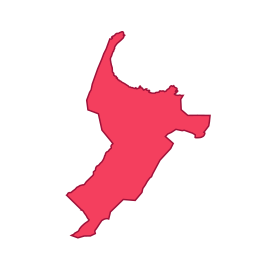 La Toc, Castries, Saint Lucia (Equal Earth projection), rotated 75°
{"feature_id": "8701671B20822148324962", "entity_name": "La Toc", "entity_type": "district", "adm_level": 2, "iso_a3": "LCA", "parent_name": "Saint Lucia", "parent_adm1": "Castries", "projection": "equal_earth", "projection_center": [-61.007, 14.009], "detail": "fine", "context": "isolated", "style": "filled", "palette": "rose", "viewbox_px": 256, "rotation_deg": 75, "n_neighbors": 0, "source": "geoboundaries", "source_scale": "gbopen_adm2", "svg_char_len": 5570}
<svg xmlns="http://www.w3.org/2000/svg" viewBox="0 0 256 256"><g transform="rotate(75 128 128)"><path d="M178.7,116.1L167.3,105.4L158.9,92.1L154.6,88.3L145.9,94.1L144.1,91.2L143.4,87.2L142.6,84.8L141.7,82.1L144.6,76.3L144.7,74.3L149.7,67.0L152.0,64.8L153.2,65.2L154.6,65.5L155.0,65.6L154.8,65.6L155.4,63.4L155.8,61.2L155.9,60.6L155.9,59.9L155.9,59.5L155.7,58.5L155.5,57.6L155.1,56.9L154.9,56.6L154.3,56.0L153.8,55.6L153.1,55.2L152.3,55.2L152.1,55.4L151.7,55.8L151.3,55.2L146.9,49.5L142.9,47.7L137.1,45.5L133.7,57.7L131.3,67.0L124.1,71.9L114.0,69.7L110.8,66.3L110.5,67.7L110.4,68.2L110.0,68.8L109.6,69.3L109.5,70.3L109.5,71.1L109.2,72.0L108.7,72.9L108.6,73.1L108.1,73.8L107.7,74.2L107.4,74.4L107.1,74.3L106.9,74.0L106.9,73.5L106.8,73.0L106.7,72.7L106.1,71.7L105.5,70.8L105.2,70.4L104.9,70.5L104.7,70.7L104.7,70.9L104.9,71.3L105.3,71.8L105.4,72.0L105.4,72.5L105.1,72.7L104.6,72.4L104.0,71.7L103.5,71.1L103.2,70.6L102.6,70.5L102.1,70.7L102.0,70.8L101.5,71.4L101.2,71.8L100.8,72.2L100.3,72.6L99.9,72.7L99.3,72.8L99.0,72.9L99.1,73.2L99.3,73.7L99.3,74.3L98.7,74.6L98.5,75.0L98.5,75.7L98.9,76.6L99.6,77.3L100.3,77.9L100.6,78.4L100.7,79.0L101.0,79.9L101.4,80.7L102.2,81.7L102.3,82.0L102.3,82.9L102.2,83.5L101.5,83.9L101.2,84.9L101.1,85.4L101.0,86.4L100.8,86.9L100.4,87.4L100.5,87.9L100.7,88.2L101.0,88.4L101.3,88.6L101.3,89.3L101.2,90.4L101.0,91.2L100.9,91.8L101.0,92.2L101.2,92.5L101.3,93.1L101.1,93.9L100.7,95.4L100.2,96.4L100.0,96.8L99.7,97.2L99.2,98.1L98.8,98.5L98.5,98.5L97.7,97.9L97.7,97.6L97.3,97.6L97.1,97.8L97.0,98.3L97.0,98.8L96.7,99.5L96.3,100.1L96.0,100.3L95.6,100.4L95.3,100.1L95.1,99.9L94.9,100.4L95.0,101.2L95.2,101.6L95.3,102.3L95.4,103.1L95.0,103.4L94.5,103.5L94.3,103.5L93.5,103.7L93.0,104.1L92.7,104.8L92.3,105.1L91.9,105.1L91.6,105.0L91.2,105.1L90.9,105.2L90.6,105.4L90.6,105.6L90.8,105.9L90.9,106.0L91.3,106.5L91.5,106.6L91.7,106.4L92.0,106.3L92.2,106.7L92.3,107.5L92.4,108.8L92.2,109.7L92.0,110.0L91.6,110.1L91.3,109.9L91.1,110.0L91.2,110.5L91.5,110.9L91.5,111.4L91.2,112.0L90.8,112.5L90.5,112.9L90.1,113.4L89.8,114.4L89.5,114.7L89.3,115.0L89.1,115.1L88.8,116.1L88.5,116.4L88.2,116.6L87.7,116.8L87.3,117.0L87.0,117.3L86.5,117.8L85.9,118.4L85.5,118.7L84.9,119.2L84.5,119.6L83.5,120.6L82.9,121.3L82.4,121.9L82.2,122.0L81.8,122.4L81.2,122.7L81.1,122.8L80.6,123.3L80.4,123.6L80.2,124.1L79.9,124.3L79.7,124.3L79.6,124.2L79.4,124.3L79.3,124.6L79.2,124.8L78.5,125.3L78.3,125.4L77.9,125.5L77.6,125.6L77.3,125.3L77.0,125.3L76.9,126.1L76.8,126.3L76.5,126.3L75.8,126.0L75.5,126.0L75.0,126.2L74.7,126.6L74.3,127.4L73.9,127.6L73.6,127.6L73.3,128.0L73.2,128.1L72.2,127.9L71.5,127.6L71.2,127.8L71.0,128.0L70.5,128.1L70.3,128.2L70.1,128.4L69.7,128.5L68.8,128.3L67.5,128.0L66.9,127.9L65.9,127.7L64.6,127.7L63.9,127.7L63.1,127.8L61.6,127.7L60.9,127.7L59.0,127.5L58.6,127.5L57.0,127.2L56.8,127.2L56.3,127.0L56.2,126.9L55.7,126.6L55.2,126.3L55.0,126.1L54.2,125.3L54.0,125.2L52.9,124.5L52.7,124.4L51.4,123.5L50.5,122.8L50.4,122.7L50.1,122.2L49.9,121.9L49.4,121.8L48.9,121.4L48.3,120.9L47.8,120.4L47.5,120.3L46.6,120.1L45.6,119.2L44.9,118.4L44.1,117.3L43.6,116.8L41.4,112.2L40.7,110.9L40.4,110.4L40.0,109.6L39.5,109.1L39.2,108.8L39.0,108.6L38.6,108.4L38.4,108.3L38.1,108.0L37.9,107.8L37.8,107.6L37.7,107.2L37.4,107.2L37.2,107.5L37.4,107.8L37.4,108.2L37.2,108.4L36.7,108.2L36.4,107.9L36.2,107.9L35.3,107.8L34.8,107.7L34.3,107.8L34.2,107.9L34.0,108.0L33.7,108.2L33.5,108.7L33.5,109.3L33.5,109.8L33.6,110.1L33.7,110.5L33.7,110.9L33.7,111.2L33.8,111.7L33.9,111.9L34.0,112.3L34.1,112.7L34.1,113.0L34.0,113.3L34.0,113.5L33.8,113.8L33.7,114.1L33.9,115.1L34.1,115.7L34.3,116.0L34.7,116.4L35.0,117.1L35.1,117.3L35.2,117.5L35.3,117.8L35.4,118.3L35.4,118.6L35.4,118.8L35.5,119.3L35.7,119.8L35.9,120.1L36.1,120.3L36.2,120.2L36.3,120.1L36.4,119.8L36.6,119.7L36.9,119.7L37.1,119.9L37.4,120.1L37.5,120.3L37.6,120.6L37.7,120.8L37.7,121.2L37.6,121.7L37.5,121.9L37.5,122.2L37.3,122.5L46.0,128.6L49.9,132.1L54.7,135.5L63.1,142.0L76.3,151.1L81.5,153.7L83.7,155.9L90.5,160.7L100.1,162.0L106.6,152.9L123.3,153.7L137.0,147.5L137.2,147.4L137.8,147.2L138.4,146.9L139.0,146.6L139.5,147.0L139.8,147.7L140.4,148.6L141.4,149.2L142.0,149.1L142.9,149.3L143.4,149.9L143.7,150.9L144.0,151.3L144.1,151.5L144.4,152.0L145.0,152.7L145.4,153.3L145.5,154.2L145.8,155.0L146.4,155.9L147.4,156.6L148.4,157.1L148.9,157.8L149.9,158.3L151.4,159.4L152.6,160.5L153.6,161.6L154.3,162.6L154.7,163.5L155.0,164.0L156.1,165.5L156.6,166.8L156.8,168.0L157.6,169.0L158.6,169.7L159.7,170.1L160.4,170.5L160.8,171.4L161.4,172.7L161.9,172.9L163.0,173.1L164.0,173.4L164.5,174.0L165.1,174.8L165.7,176.1L166.5,177.5L167.4,179.1L168.3,180.7L169.0,182.0L170.2,183.5L171.1,184.5L171.4,185.4L171.4,185.9L171.2,186.6L171.2,189.3L171.8,191.2L172.1,192.8L173.5,194.9L174.7,197.9L175.6,199.7L175.2,201.7L175.5,202.8L176.8,204.1L177.0,204.7L195.2,194.0L195.6,193.2L195.6,193.7L195.9,193.3L196.8,192.7L197.9,192.4L199.1,192.1L200.2,191.6L201.0,191.3L202.1,190.9L203.3,190.7L204.7,190.3L205.8,189.8L206.2,189.5L206.5,189.4L206.9,189.6L207.5,190.4L208.0,191.6L208.6,193.3L209.2,194.8L210.1,196.6L210.9,198.1L211.6,199.2L212.4,200.2L212.8,200.8L213.3,201.2L213.9,201.7L214.4,202.2L214.8,202.8L215.1,203.7L215.3,204.7L215.6,205.5L215.7,206.3L216.3,207.4L216.7,208.1L216.9,209.3L217.0,210.1L217.1,210.5L221.1,204.8L221.0,198.2L222.5,192.2L221.5,186.9L219.1,186.8L218.2,186.2L217.2,184.8L214.9,182.2L213.6,180.8L210.6,177.3L209.9,174.7L209.9,172.6L210.3,171.1L210.9,170.2L204.5,166.7L195.8,151.1L199.8,139.8L193.8,131.2L190.3,129.4L187.3,125.9L184.5,123.2L181.9,119.9L181.1,117.9L178.7,116.1Z" fill="#f43f5e" stroke="#9f1239" stroke-width="1.5"/></g></svg>